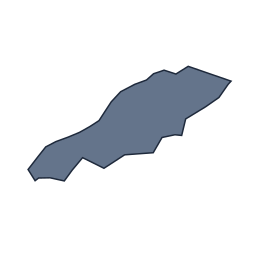 the district of Uiwang-si, Gyeonggi, South Korea, rotated 30°
{"feature_id": "91817680B44728384221537", "entity_name": "Uiwang-si", "entity_type": "district", "adm_level": 2, "iso_a3": "KOR", "parent_name": "South Korea", "parent_adm1": "Gyeonggi", "projection": "equal_earth", "projection_center": [126.987, 37.348], "detail": "fine", "context": "isolated", "style": "filled", "palette": "slate", "viewbox_px": 256, "rotation_deg": 30, "n_neighbors": 0, "source": "geoboundaries", "source_scale": "gbopen_adm2", "svg_char_len": 589}
<svg xmlns="http://www.w3.org/2000/svg" viewBox="0 0 256 256"><g transform="rotate(30 128 128)"><path d="M178.2,107.6L173.4,91.3L184.6,70.8L191.5,56.1L192.9,40.0L193.8,35.9L149.3,44.5L142.5,57.3L130.3,59.9L128.0,62.6L123.0,68.2L120.0,77.2L112.0,86.8L103.5,100.2L100.4,113.7L100.2,117.5L99.8,124.6L99.2,136.1L94.3,145.7L88.2,156.0L80.9,165.6L72.3,175.9L66.2,185.5L64.4,197.7L62.2,213.9L73.9,220.1L75.6,216.0L85.4,210.1L99.3,205.7L100.7,192.5L103.5,176.4L127.3,174.9L138.5,152.9L162.2,136.8L162.2,119.2L172.0,110.4L178.2,107.6Z" fill="#64748b" stroke="#1e293b" stroke-width="1.5"/></g></svg>